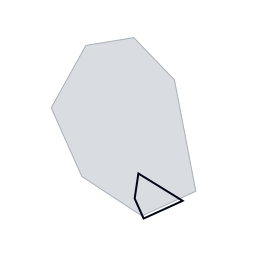 where Yaren sits in Nauru, rotated 323°
{"feature_id": "NRU-4983", "entity_name": "Yaren", "entity_type": "state/province", "adm_level": 1, "iso_a3": "NRU", "parent_name": "Nauru", "parent_adm1": "", "projection": "natural_earth1", "projection_center": [166.924, -0.543], "detail": "fine", "context": "in_parent", "style": "outline", "palette": "ink", "viewbox_px": 256, "rotation_deg": 323, "n_neighbors": 0, "source": "natural_earth", "source_scale": "10m", "svg_char_len": 387}
<svg xmlns="http://www.w3.org/2000/svg" viewBox="0 0 256 256"><g transform="rotate(323 128 128)"><path d="M194.0,117.7L144.1,219.3L86.1,206.5L62.0,138.9L78.8,65.7L144.1,36.7L187.0,59.3L194.0,117.7Z" fill="#d9dde1" stroke="#a8b0b8" stroke-width="1"/><path d="M127.8,219.0L86.0,209.7L90.9,188.3L95.6,183.7L108.9,170.6L127.8,219.0Z" fill="none" stroke="#020617" stroke-width="2"/></g></svg>